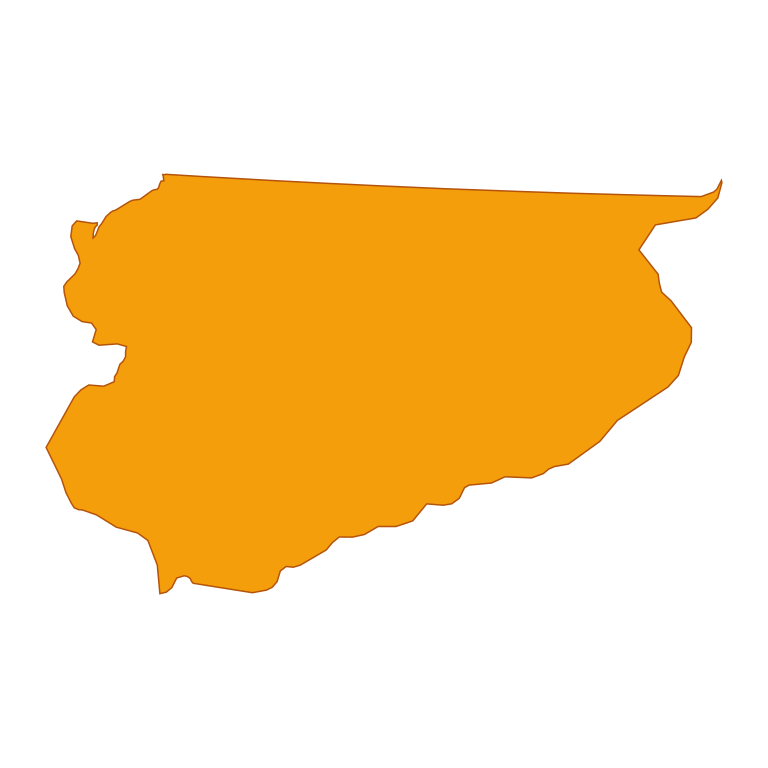 outline of Warmian-Masurian
{"feature_id": "POL-3139", "entity_name": "Warmian-Masurian", "entity_type": "Voivodeship", "adm_level": 1, "iso_a3": "POL", "parent_name": "Poland", "parent_adm1": "", "projection": "albers", "projection_center": [20.397, 53.764], "detail": "fine", "context": "isolated", "style": "filled", "palette": "amber", "viewbox_px": 768, "rotation_deg": 0, "n_neighbors": 0, "source": "natural_earth", "source_scale": "10m", "svg_char_len": 1798}
<svg xmlns="http://www.w3.org/2000/svg" viewBox="0 0 768 768"><path d="M713.7,192.0L717.0,189.1L721.4,180.4L721.9,182.7L717.8,198.0L707.8,209.3L696.0,217.9L655.4,224.9L638.9,249.9L658.1,274.2L659.4,283.5L661.6,292.1L671.2,301.0L691.5,327.7L691.3,342.3L684.3,356.9L678.4,375.4L668.1,386.9L617.4,420.4L599.9,441.3L568.3,464.1L554.5,466.5L548.6,469.1L543.3,473.6L531.6,477.9L505.0,476.8L491.5,483.0L469.0,485.1L464.5,487.7L459.3,498.3L451.7,503.8L443.3,505.2L426.7,503.9L412.7,520.9L396.0,526.5L378.1,526.5L364.4,534.5L352.6,537.1L339.2,537.0L332.5,542.5L326.3,549.9L300.1,565.2L293.3,567.2L286.1,566.5L280.3,571.0L277.1,581.6L272.2,587.3L266.5,590.1L252.4,592.7L193.2,583.3L191.5,581.3L190.3,578.5L187.4,576.5L184.2,575.8L176.7,578.0L171.8,587.6L166.4,592.1L159.9,593.7L157.3,565.1L147.9,540.5L137.6,533.0L116.3,527.2L96.5,514.9L82.2,509.9L78.7,509.7L74.3,507.8L71.5,503.5L66.0,492.7L61.6,479.2L46.1,447.4L74.3,396.8L81.0,389.8L88.8,385.0L103.7,386.2L114.2,381.7L114.6,376.6L116.9,373.2L119.9,364.3L123.3,361.0L125.6,356.8L125.6,351.6L126.5,346.5L117.3,343.9L99.0,345.2L92.5,341.9L96.2,329.6L91.5,323.0L82.1,321.6L73.3,316.2L67.3,305.9L64.2,292.4L63.8,286.3L66.8,281.9L75.0,273.9L77.9,268.9L80.1,263.2L78.3,255.4L74.6,248.6L70.8,236.6L72.2,225.9L76.7,220.9L92.9,223.3L97.2,222.8L97.2,225.1L95.5,226.7L94.1,229.5L93.3,233.3L93.1,237.9L95.6,235.5L99.0,227.0L100.3,225.2L101.4,224.0L106.1,216.5L110.8,212.2L113.2,210.8L115.5,210.2L129.8,201.4L132.8,200.2L140.0,199.3L151.9,190.7L154.4,189.7L157.0,189.4L158.6,187.7L159.6,184.3L161.0,181.2L163.9,180.7L163.6,179.3L163.2,175.9L162.8,174.5L164.8,174.7L165.6,174.3L203.1,176.6L273.6,180.6L326.2,183.3L378.8,185.8L444.0,188.7L523.0,191.6L573.7,193.3L624.4,194.7L667.0,195.8L701.3,196.6L713.7,192.0Z" fill="#f59e0b" stroke="#b45309" stroke-width="1.5"/></svg>